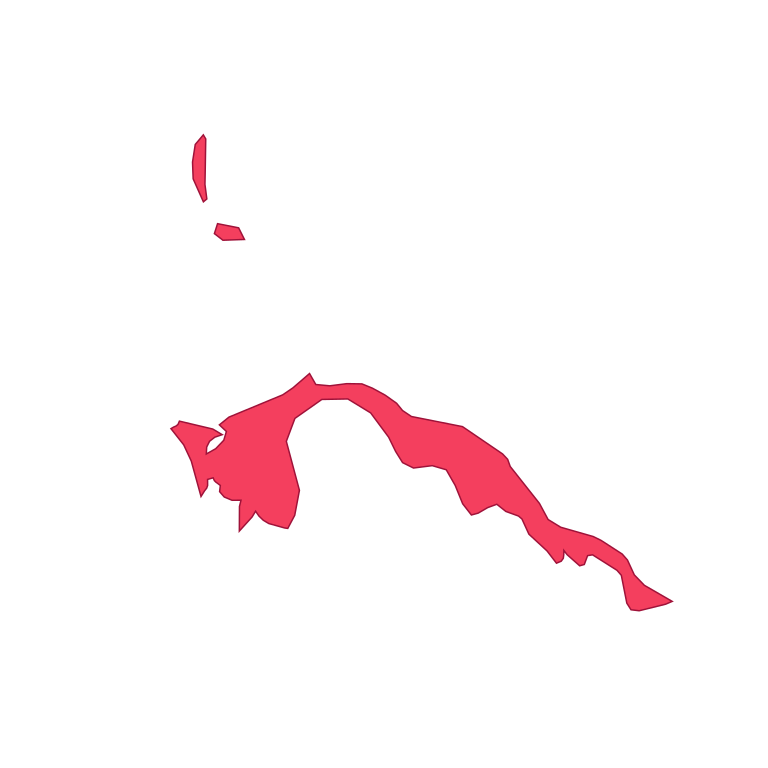 an SVG outline of Acklins, rotated 254°
{"feature_id": "BHS-5036", "entity_name": "Acklins", "entity_type": "District", "adm_level": 1, "iso_a3": "BHS", "parent_name": "The Bahamas", "parent_adm1": "", "projection": "orthographic", "projection_center": [-73.948, 22.452], "detail": "fine", "context": "isolated", "style": "filled", "palette": "rose", "viewbox_px": 768, "rotation_deg": 254, "n_neighbors": 0, "source": "natural_earth", "source_scale": "10m", "svg_char_len": 1657}
<svg xmlns="http://www.w3.org/2000/svg" viewBox="0 0 768 768"><g transform="rotate(254 384 384)"><path d="M297.1,225.5L292.5,220.5L282.5,204.4L306.1,211.3L311.7,214.5L314.1,205.9L319.4,199.3L325.8,196.3L331.6,198.7L335.9,195.4L337.9,194.3L340.9,193.9L340.9,188.1L335.1,186.5L332.7,184.8L330.8,182.1L326.3,177.1L363.1,177.5L380.7,174.7L399.8,166.9L400.6,169.9L400.9,172.4L401.9,174.8L404.7,177.1L387.9,207.0L379.9,214.5L379.5,206.7L377.0,200.5L372.3,196.2L365.7,193.9L368.2,204.4L374.1,214.5L381.8,219.4L390.1,214.5L394.9,225.8L401.5,283.6L405.4,295.4L414.6,315.3L402.3,318.3L397.2,331.4L394.6,348.3L390.2,362.8L383.2,371.7L372.9,382.1L362.0,390.8L353.4,394.5L345.2,401.4L321.4,447.7L284.1,478.7L277.5,482.1L269.9,482.6L226.4,500.5L208.5,504.4L197.6,514.4L179.7,543.1L173.9,549.5L154.9,566.1L147.7,569.5L131.5,572.0L118.7,578.8L95.6,601.1L94.7,594.1L95.7,566.8L98.9,559.2L106.4,557.0L134.7,559.4L140.7,556.6L162.3,537.4L162.9,532.4L155.3,526.8L155.3,522.0L169.4,513.0L174.4,511.0L170.2,509.7L167.0,508.3L164.8,505.5L164.2,500.4L178.6,494.7L199.7,481.9L216.2,479.4L220.0,476.9L227.9,466.0L237.3,459.3L236.6,449.6L233.9,438.9L234.0,431.9L247.2,426.6L266.8,424.5L284.4,420.2L292.2,407.9L295.1,389.2L303.3,380.2L315.9,376.6L331.6,373.8L359.9,363.2L379.6,345.1L386.3,320.0L375.5,288.9L355.8,274.3L305.1,273.4L282.4,262.0L271.7,251.7L273.0,248.8L281.6,234.8L286.3,230.4L291.5,227.4L297.1,225.5ZM673.3,279.0L668.7,280.2L638.5,271.0L625.2,266.9L610.7,264.7L608.9,260.6L621.7,258.8L633.8,257.1L650.1,261.1L666.3,268.6L673.3,279.0ZM566.6,268.8L575.3,262.4L584.0,268.2L574.2,287.3L561.4,289.7L566.6,268.8Z" fill="#f43f5e" stroke="#9f1239" stroke-width="1.5"/></g></svg>